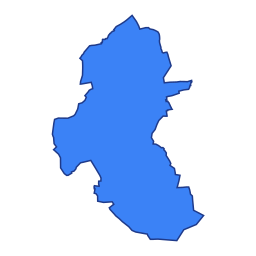 Dutse, Jigawa, Nigeria
{"feature_id": "59680162B76882427234764", "entity_name": "Dutse", "entity_type": "district", "adm_level": 2, "iso_a3": "NGA", "parent_name": "Nigeria", "parent_adm1": "Jigawa", "projection": "mercator", "projection_center": [9.316, 11.807], "detail": "fine", "context": "isolated", "style": "filled", "palette": "blue", "viewbox_px": 256, "rotation_deg": 0, "n_neighbors": 0, "source": "geoboundaries", "source_scale": "gbopen_adm2", "svg_char_len": 3362}
<svg xmlns="http://www.w3.org/2000/svg" viewBox="0 0 256 256"><path d="M80.3,84.1L81.5,84.0L82.1,83.9L91.2,82.3L92.3,85.8L92.7,88.7L90.9,89.3L89.2,90.3L88.3,91.7L84.9,95.7L86.3,97.3L84.9,100.4L82.1,102.8L78.7,103.8L77.9,108.2L77.5,109.5L75.1,114.4L73.7,115.8L67.9,118.2L58.3,118.1L54.6,119.4L53.9,123.0L52.4,134.2L53.1,136.4L53.6,137.4L54.1,143.7L56.5,146.9L53.6,149.7L58.6,154.2L60.5,157.8L60.6,167.9L64.3,173.6L66.7,175.4L67.4,175.3L68.1,175.3L69.6,174.4L71.7,173.2L71.5,172.5L71.4,172.0L72.6,171.5L73.4,171.3L73.8,171.2L74.4,170.7L74.7,170.4L75.1,169.7L75.4,169.5L75.5,169.4L75.7,169.1L75.9,168.8L76.3,167.2L80.5,162.8L83.3,162.2L90.8,160.4L95.5,168.1L99.9,175.5L101.0,178.0L100.9,181.0L98.7,181.2L98.6,183.9L98.7,184.3L99.2,185.9L99.1,186.3L98.4,186.2L95.7,185.9L94.4,185.7L94.0,187.1L94.4,187.6L94.2,188.7L95.0,188.9L94.2,193.2L96.0,193.7L97.6,195.9L97.7,201.2L103.5,202.4L112.1,201.8L113.8,204.2L109.8,207.4L109.3,207.7L110.0,209.4L114.6,214.4L115.6,215.7L116.7,216.6L117.2,217.0L119.2,218.6L122.3,221.6L128.8,226.7L132.0,230.4L135.7,232.0L147.3,234.1L147.8,235.5L150.3,239.3L153.4,239.3L154.8,239.2L158.0,239.1L176.8,240.6L183.8,229.7L196.3,224.5L203.6,215.5L193.6,210.3L192.6,199.8L192.4,196.8L192.3,195.9L190.5,194.2L190.1,192.0L189.6,189.6L188.7,187.0L186.6,187.0L182.4,187.4L177.1,187.6L178.9,180.9L180.0,175.3L175.4,174.5L175.2,172.7L174.4,168.4L170.0,165.4L170.8,163.5L169.6,160.9L166.9,156.6L166.2,155.7L166.2,155.2L166.3,152.9L164.5,150.3L163.8,149.8L164.1,148.7L162.9,147.6L161.3,147.7L160.7,147.2L158.6,145.6L156.0,144.2L153.1,143.9L153.6,141.3L151.4,137.7L152.1,133.3L152.6,132.7L155.1,129.5L156.9,124.6L158.8,120.5L163.1,116.1L166.8,116.2L167.1,116.1L166.3,111.0L167.6,110.6L167.5,110.1L169.8,109.6L172.1,109.3L171.5,108.4L171.2,107.6L170.7,106.7L170.3,106.0L170.2,105.5L169.8,104.8L169.6,104.3L169.1,103.4L168.9,102.7L168.4,102.4L168.0,102.0L168.0,101.5L167.6,101.1L167.1,101.1L166.8,101.3L166.2,101.5L165.7,99.8L166.8,99.5L166.8,99.1L166.7,98.6L166.7,98.0L166.7,97.5L166.6,97.3L166.5,96.9L167.6,96.6L168.1,96.3L168.8,96.3L169.3,96.2L170.0,96.0L170.6,96.0L170.9,95.9L171.8,95.7L172.5,95.5L179.2,93.2L178.8,91.2L183.8,89.9L188.6,89.3L189.7,87.2L189.7,86.1L190.1,85.9L190.7,85.6L190.4,85.0L190.4,84.4L190.8,84.0L190.8,83.6L190.9,83.2L190.9,82.4L191.5,82.3L191.3,81.5L191.8,81.4L191.6,80.4L187.4,81.7L185.7,81.6L180.1,81.5L176.8,82.0L170.0,82.2L164.3,82.8L163.4,77.7L171.1,65.8L168.5,57.2L167.8,54.3L167.3,53.2L166.9,52.2L165.2,52.4L163.4,53.0L162.3,52.4L161.6,50.0L160.9,48.7L160.9,47.2L160.4,45.6L159.6,42.8L159.4,40.7L159.7,39.2L159.6,36.9L159.4,35.2L159.1,34.0L158.7,33.2L157.9,31.9L155.3,30.5L153.2,29.6L150.0,29.0L148.4,27.6L147.0,27.7L146.0,27.6L139.8,29.1L138.8,26.2L137.6,23.8L136.4,21.5L132.1,15.4L126.6,20.1L124.2,21.9L120.3,24.4L116.2,26.6L113.8,29.7L114.4,30.3L113.9,31.0L113.2,31.2L112.4,31.3L111.8,32.0L111.2,32.3L110.8,33.0L110.5,33.4L109.9,33.5L109.5,34.2L109.2,34.7L108.8,34.9L108.3,35.9L107.9,37.2L107.0,38.7L106.0,38.5L105.3,38.9L105.3,39.3L104.8,39.5L103.8,39.4L102.7,39.3L102.4,39.8L102.5,40.4L102.4,41.0L102.5,41.4L102.2,41.8L102.3,42.2L102.0,42.6L101.4,42.5L101.2,42.7L101.6,43.1L101.5,43.7L94.8,45.2L91.7,45.4L89.6,45.8L84.2,52.1L83.5,53.7L82.9,54.3L81.7,55.5L81.4,56.5L80.8,57.1L79.9,58.3L82.5,60.7L82.7,65.3L82.7,68.7L82.5,75.3L81.4,78.9L80.6,81.4L80.3,84.1Z" fill="#3b82f6" stroke="#1e3a8a" stroke-width="1.5"/></svg>